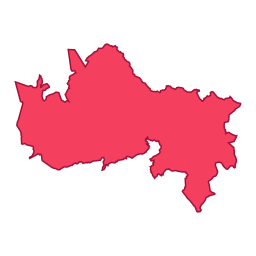 Tlacolulan, Veracruz, Mexico (orthographic projection), rotated 90°
{"feature_id": "50627088B39576903361064", "entity_name": "Tlacolulan", "entity_type": "district", "adm_level": 2, "iso_a3": "MEX", "parent_name": "Mexico", "parent_adm1": "Veracruz", "projection": "orthographic", "projection_center": [-97.003, 19.702], "detail": "fine", "context": "isolated", "style": "filled", "palette": "rose", "viewbox_px": 256, "rotation_deg": 90, "n_neighbors": 0, "source": "geoboundaries", "source_scale": "gbopen_adm2", "svg_char_len": 5766}
<svg xmlns="http://www.w3.org/2000/svg" viewBox="0 0 256 256"><g transform="rotate(90 128 128)"><path d="M125.4,239.2L130.5,235.9L133.2,234.8L134.5,235.0L136.6,234.3L137.4,234.7L143.9,234.4L144.1,233.3L143.5,231.0L144.7,229.6L146.4,223.2L147.2,222.5L149.1,222.9L151.2,221.8L152.2,222.4L153.1,222.4L156.1,224.1L157.1,226.1L157.8,226.5L158.4,226.3L154.0,218.0L154.4,215.7L154.8,215.9L154.7,214.9L155.4,214.5L160.6,213.8L167.3,204.3L168.1,202.6L168.7,199.9L169.8,198.0L169.7,196.3L169.4,195.7L168.6,195.0L167.6,192.9L166.9,192.1L167.0,188.8L165.3,184.6L165.3,183.7L164.4,183.0L163.3,181.3L163.1,180.6L163.7,179.5L163.7,178.8L163.5,178.1L161.9,176.7L162.0,175.7L161.7,175.3L161.9,174.4L163.4,173.0L162.5,169.8L162.7,169.4L162.4,169.2L162.8,168.3L162.2,167.4L162.8,166.3L162.2,164.8L161.2,163.5L160.2,155.6L158.1,154.4L157.5,153.4L157.5,152.8L157.7,152.4L159.6,151.6L160.4,151.8L161.7,152.8L165.1,152.1L166.0,152.3L166.6,153.0L167.5,153.4L168.9,153.4L170.1,153.9L169.6,152.2L169.0,151.6L166.8,150.5L165.1,150.4L164.4,149.8L164.6,149.3L165.6,148.7L165.7,148.1L163.9,147.4L162.4,144.7L162.9,141.0L162.3,140.8L162.2,140.0L161.4,139.7L161.5,138.6L160.3,138.0L159.5,132.5L158.6,132.1L158.4,130.2L158.7,129.7L158.2,129.3L157.0,129.8L156.4,128.8L157.2,125.5L158.2,124.0L154.9,119.5L153.7,115.3L154.1,113.9L153.4,112.1L151.8,109.7L151.5,109.9L148.4,107.1L146.8,107.2L146.6,106.6L145.5,107.2L145.4,107.8L144.2,108.0L143.9,107.6L143.7,108.1L144.7,108.9L144.0,109.5L142.5,108.3L141.9,108.5L140.8,110.6L139.6,109.6L139.2,110.3L138.6,110.0L138.0,109.1L137.1,108.4L138.2,108.1L138.7,108.4L139.5,107.6L139.8,106.0L140.5,105.4L140.3,104.7L140.9,103.7L139.9,101.9L141.4,99.7L141.0,97.3L142.9,96.9L143.3,96.3L144.7,96.2L146.1,94.7L148.7,95.2L149.8,96.6L150.6,96.6L151.7,95.9L152.3,95.9L153.3,96.6L155.4,99.8L156.5,102.5L158.4,104.3L159.2,106.0L160.9,104.9L160.4,104.0L160.8,103.6L160.4,102.2L161.0,102.4L162.4,102.1L162.6,102.7L163.2,103.2L163.7,102.7L165.1,102.6L165.1,103.3L166.6,105.2L166.7,105.7L167.8,105.3L169.6,105.6L171.9,104.5L172.1,105.1L174.3,103.5L175.4,103.4L178.3,101.3L177.2,100.7L176.4,99.3L174.1,98.0L173.9,97.3L175.8,94.7L175.6,94.3L174.7,94.5L174.2,94.0L174.8,93.0L172.5,92.5L169.4,89.8L169.3,87.7L168.8,87.1L170.6,85.0L171.0,83.4L170.5,80.1L171.2,78.3L171.9,73.9L172.1,70.3L173.2,69.9L174.1,68.7L175.4,68.3L176.1,68.7L176.3,69.6L178.0,69.5L178.4,69.9L178.5,70.8L186.1,70.4L187.4,71.2L188.8,71.3L189.8,72.0L190.1,72.9L191.5,73.6L196.6,69.6L197.9,68.9L200.9,65.8L206.1,61.8L206.4,61.1L211.3,59.2L211.9,58.4L211.6,55.8L210.1,54.8L208.9,55.6L207.2,56.0L206.5,55.3L205.2,55.0L203.2,53.0L199.7,50.5L198.7,50.4L197.4,49.7L196.4,47.2L195.7,46.8L194.5,42.0L193.9,41.1L193.2,41.7L192.2,44.2L190.8,45.9L185.1,46.7L182.0,47.6L181.0,47.2L179.3,44.6L177.8,43.2L176.8,42.8L175.9,40.1L173.9,39.0L171.7,38.3L165.4,40.6L163.8,40.6L162.8,39.9L162.1,37.0L162.7,35.0L163.3,34.2L166.3,32.5L169.0,29.7L169.2,28.4L166.4,26.0L165.7,24.6L166.0,23.1L167.4,22.2L167.8,21.3L167.2,20.8L164.4,20.8L164.0,20.4L163.1,20.4L162.2,19.8L160.2,19.6L157.0,20.4L155.6,21.3L154.3,21.7L150.8,21.7L150.0,22.0L147.6,22.2L142.9,27.4L141.5,21.9L137.3,19.8L135.8,19.4L136.0,19.9L134.7,23.2L133.4,25.7L132.4,27.0L132.5,28.1L133.6,30.2L131.6,30.2L131.4,30.7L130.1,30.4L128.5,31.7L125.9,31.9L123.6,31.8L122.3,31.1L121.6,27.7L119.6,27.2L114.9,27.0L110.2,21.1L109.2,20.8L106.3,16.3L104.1,15.4L103.4,15.5L102.7,19.3L102.1,19.8L100.6,22.7L97.5,24.9L96.6,25.9L97.4,26.1L97.9,26.6L98.5,30.5L99.7,31.6L99.8,32.3L98.5,34.4L98.5,36.0L97.2,38.6L93.3,41.7L91.9,43.1L91.7,43.8L92.4,45.6L94.8,45.4L95.5,45.8L96.3,47.3L96.5,48.7L96.0,48.8L96.4,49.4L97.6,49.9L98.4,51.9L98.9,51.7L99.6,51.9L99.6,52.3L100.4,52.3L100.8,53.3L101.2,53.5L101.1,54.1L100.1,54.7L98.8,56.3L93.3,59.1L91.6,58.7L91.2,56.9L90.6,56.6L90.0,57.0L90.0,58.7L89.4,59.5L89.9,60.1L89.5,60.8L89.7,61.7L92.1,64.8L92.1,68.5L89.9,72.0L88.3,72.9L87.8,74.2L87.3,78.0L87.8,79.4L89.3,80.4L89.3,81.2L88.7,81.8L88.0,84.2L86.4,85.5L85.8,87.8L85.9,89.5L86.6,89.4L89.6,90.7L90.2,92.3L90.0,93.5L90.5,94.1L90.7,95.5L92.4,95.8L92.5,96.7L91.1,98.7L91.7,99.9L91.3,103.8L90.5,105.4L88.6,106.0L87.9,107.1L85.7,109.2L85.2,109.3L84.4,110.3L83.4,110.5L82.3,113.6L79.3,115.1L77.8,116.6L76.0,121.1L75.6,121.5L74.8,121.3L74.1,122.1L74.0,122.8L72.3,123.4L70.9,123.1L69.9,123.3L66.1,126.1L66.1,126.5L64.1,126.0L62.3,126.9L61.0,129.6L60.0,130.2L59.7,130.9L58.9,131.5L58.0,131.7L57.4,132.1L57.2,132.6L56.2,133.1L55.1,132.4L54.0,132.6L53.4,133.1L53.3,133.9L52.8,134.7L51.8,135.6L52.2,136.5L52.0,136.9L51.0,137.5L50.2,138.7L49.1,139.1L47.3,138.7L47.0,139.9L45.7,140.7L46.8,143.2L46.3,143.4L45.8,144.4L46.1,145.3L44.3,148.1L44.1,149.3L44.3,150.2L45.0,151.1L47.9,153.3L48.4,154.1L48.3,157.4L50.9,158.9L51.8,160.6L51.9,161.6L55.4,165.1L56.1,166.7L58.4,169.2L60.7,170.3L60.8,169.2L61.5,167.4L66.9,170.7L49.8,181.3L49.5,187.8L69.2,185.0L70.8,184.3L71.1,183.4L70.8,182.9L71.0,181.0L72.8,180.1L73.1,181.3L74.7,183.0L75.4,184.9L76.4,186.3L78.1,186.7L79.6,186.1L81.0,187.5L81.9,187.4L83.6,188.7L84.9,187.6L85.0,187.0L86.0,186.6L87.6,187.4L88.3,186.7L88.5,187.3L89.6,188.2L94.0,190.3L94.4,190.8L98.4,189.1L101.2,187.5L100.6,188.5L100.7,189.1L102.1,191.1L100.5,193.7L100.4,194.4L92.7,197.2L92.2,199.2L92.2,200.2L93.8,202.7L94.9,206.5L96.8,209.7L97.7,209.6L99.5,210.1L100.8,211.6L100.4,212.4L99.6,213.2L98.6,213.2L98.2,213.6L97.1,213.7L96.2,214.1L90.6,213.2L90.3,210.8L88.7,209.5L87.4,206.8L86.8,206.7L86.0,207.0L83.7,209.0L84.8,212.8L87.1,214.6L87.1,215.3L85.7,215.4L82.7,213.7L81.2,213.7L78.5,214.2L78.2,214.7L76.1,215.2L75.2,216.4L77.5,216.7L79.5,217.3L81.1,218.7L85.3,218.6L87.5,219.5L87.6,222.4L87.3,222.9L86.2,223.8L85.7,225.1L85.7,225.8L86.5,227.5L81.9,240.6L101.4,235.5L102.0,234.4L101.9,233.7L103.4,233.1L120.4,237.8L121.9,238.6L125.4,239.2Z" fill="#f43f5e" stroke="#9f1239" stroke-width="1.5"/></g></svg>